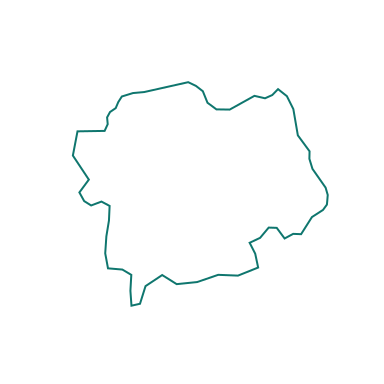 the District of Orhei, rotated 23°
{"feature_id": "MDA-1643", "entity_name": "Orhei", "entity_type": "District", "adm_level": 1, "iso_a3": "MDA", "parent_name": "Moldova", "parent_adm1": "", "projection": "orthographic", "projection_center": [28.834, 47.401], "detail": "fine", "context": "isolated", "style": "outline", "palette": "teal", "viewbox_px": 384, "rotation_deg": 23, "n_neighbors": 0, "source": "natural_earth", "source_scale": "10m", "svg_char_len": 922}
<svg xmlns="http://www.w3.org/2000/svg" viewBox="0 0 384 384"><g transform="rotate(23 192 192)"><path d="M282.4,235.7L267.0,251.0L248.5,258.0L231.9,272.9L213.9,282.8L197.0,280.1L186.0,296.8L187.8,315.2L180.7,320.3L173.9,307.0L168.5,292.0L158.2,290.6L144.5,295.1L136.1,282.4L130.5,266.3L126.7,250.7L121.6,237.0L112.4,236.2L104.4,243.8L96.3,242.5L88.5,236.4L92.2,220.9L68.1,205.0L62.9,180.9L87.7,169.9L87.9,162.5L84.7,156.5L85.3,150.4L89.0,144.6L89.0,138.0L90.1,131.5L99.0,124.0L108.9,118.7L145.6,92.4L154.2,92.8L162.6,95.0L171.4,103.8L182.2,106.4L194.5,101.4L211.9,79.1L222.6,77.2L228.0,71.4L231.0,63.7L241.9,66.7L252.9,76.1L267.3,98.5L284.3,108.6L287.1,115.6L293.9,123.7L294.1,123.8L313.3,135.8L318.1,141.7L320.0,147.4L321.1,150.9L319.6,157.3L312.2,168.2L308.9,188.2L301.5,191.0L295.4,198.6L284.0,191.9L276.5,194.8L272.6,207.6L264.9,216.2L274.3,224.1L282.4,235.7Z" fill="none" stroke="#0f766e" stroke-width="2"/></g></svg>